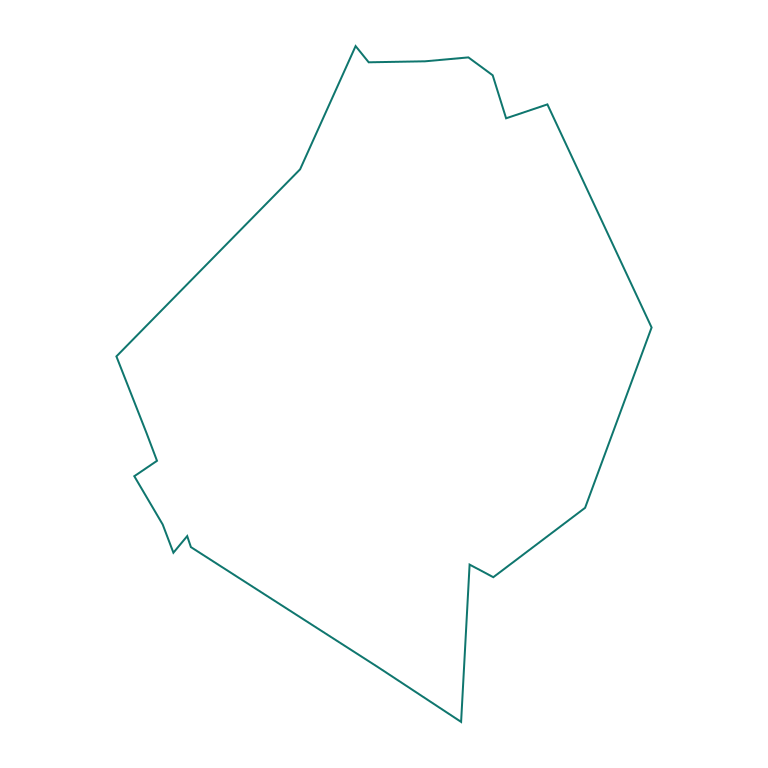 outline of Webster, West Virginia, United States of America
{"feature_id": "52423323B92436746543107", "entity_name": "Webster", "entity_type": "district", "adm_level": 2, "iso_a3": "USA", "parent_name": "United States of America", "parent_adm1": "West Virginia", "projection": "robinson", "projection_center": [-80.456, 38.483], "detail": "fine", "context": "isolated", "style": "outline", "palette": "teal", "viewbox_px": 768, "rotation_deg": 0, "n_neighbors": 0, "source": "geoboundaries", "source_scale": "gbopen_adm2", "svg_char_len": 422}
<svg xmlns="http://www.w3.org/2000/svg" viewBox="0 0 768 768"><path d="M378.2,667.3L461.1,721.9L469.6,564.6L493.3,577.2L585.1,507.8L651.6,327.5L624.1,268.6L547.4,104.4L506.1,118.3L492.7,75.3L468.4,57.4L425.1,61.3L368.7,62.3L355.6,46.1L300.1,169.3L146.2,326.0L116.4,356.4L146.5,433.0L157.0,460.8L134.3,476.2L162.7,524.5L173.4,552.7L187.2,536.1L190.9,547.1L378.2,667.3Z" fill="none" stroke="#0f766e" stroke-width="2"/></svg>